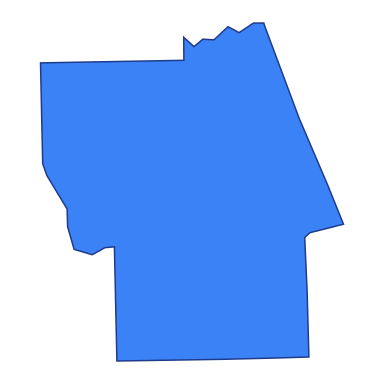 Flagler, Florida, United States of America
{"feature_id": "52423323B80488084984098", "entity_name": "Flagler", "entity_type": "district", "adm_level": 2, "iso_a3": "USA", "parent_name": "United States of America", "parent_adm1": "Florida", "projection": "mercator", "projection_center": [-81.314, 29.466], "detail": "fine", "context": "isolated", "style": "filled", "palette": "blue", "viewbox_px": 384, "rotation_deg": 0, "n_neighbors": 0, "source": "geoboundaries", "source_scale": "gbopen_adm2", "svg_char_len": 472}
<svg xmlns="http://www.w3.org/2000/svg" viewBox="0 0 384 384"><path d="M40.5,62.9L42.7,163.8L46.9,175.6L67.1,209.0L67.6,226.6L74.1,249.4L92.2,254.7L104.9,247.7L114.4,246.8L116.9,361.0L223.9,359.3L276.1,358.0L308.9,357.0L307.1,290.6L304.7,237.5L309.9,232.7L343.5,224.2L327.7,185.1L299.2,118.4L264.7,26.0L263.8,23.0L253.4,23.1L239.1,32.6L228.0,26.7L214.0,39.8L202.8,39.2L194.0,46.6L183.7,37.3L183.9,60.3L40.5,62.9Z" fill="#3b82f6" stroke="#1e3a8a" stroke-width="1.5"/></svg>